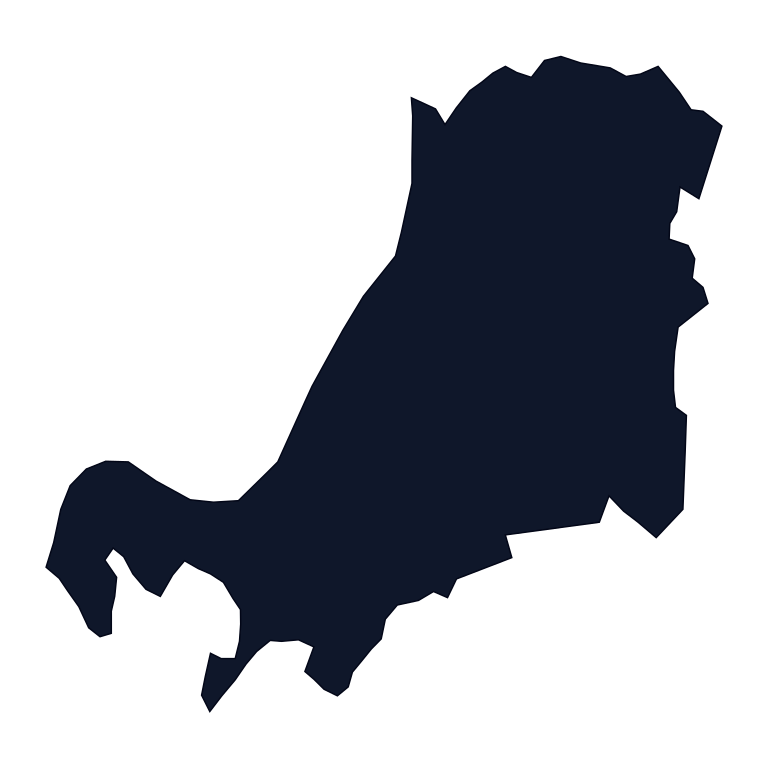 outline of Porto Vera Cruz, Rio Grande do Sul, Brazil
{"feature_id": "56859067B57284725629844", "entity_name": "Porto Vera Cruz", "entity_type": "district", "adm_level": 2, "iso_a3": "BRA", "parent_name": "Brazil", "parent_adm1": "Rio Grande do Sul", "projection": "equal_earth", "projection_center": [-54.911, -27.755], "detail": "fine", "context": "isolated", "style": "filled", "palette": "ink", "viewbox_px": 768, "rotation_deg": 0, "n_neighbors": 0, "source": "geoboundaries", "source_scale": "gbopen_adm2", "svg_char_len": 1571}
<svg xmlns="http://www.w3.org/2000/svg" viewBox="0 0 768 768"><path d="M411.4,97.8L412.7,115.9L412.0,160.3L412.0,183.4L401.4,232.3L395.5,256.0L363.4,296.3L342.9,330.2L312.1,386.2L304.9,401.9L277.8,461.9L266.7,473.0L238.4,500.7L213.5,502.2L190.2,499.8L155.9,481.0L128.3,461.9L105.7,461.3L86.4,469.0L70.2,485.6L60.8,509.3L53.7,542.6L46.1,567.2L59.2,578.3L67.5,590.6L78.8,606.6L88.7,627.8L100.0,636.7L111.3,633.3L111.3,611.2L114.7,596.4L116.6,577.3L104.8,560.1L113.1,548.1L123.7,556.7L132.9,573.9L146.0,589.3L160.3,596.4L172.7,574.9L184.5,560.7L198.5,568.7L210.5,573.9L223.4,582.3L233.1,598.6L240.5,609.6L240.7,624.1L239.5,641.3L235.2,658.6L221.1,658.6L210.5,653.3L205.2,677.0L201.6,695.2L209.8,711.5L221.8,695.8L235.2,679.8L246.0,664.1L256.6,651.5L270.2,640.4L281.5,641.3L298.5,639.8L313.9,646.9L304.9,671.5L313.9,679.2L324.1,689.3L337.4,695.8L348.2,686.9L352.4,672.1L361.1,661.6L371.3,649.0L381.2,638.9L385.3,619.2L397.3,605.0L418.5,600.4L433.5,591.5L447.5,597.6L456.5,578.9L511.8,557.6L505.3,534.9L599.3,522.2L609.0,495.8L623.7,511.2L637.7,521.9L656.2,537.6L682.9,509.3L685.2,450.8L686.4,415.4L675.5,407.4L673.5,390.2L673.5,370.5L674.6,351.4L678.1,327.1L708.0,303.4L703.0,287.4L692.2,278.2L694.7,258.8L688.0,245.5L669.1,239.1L669.8,223.4L676.7,211.7L680.0,187.0L698.9,198.7L721.9,126.1L703.0,111.3L691.1,109.8L679.3,92.2L658.1,66.4L640.4,74.1L626.1,76.5L610.2,67.9L580.7,63.0L560.9,56.5L544.5,60.5L531.4,77.4L516.6,72.5L505.4,66.4L492.9,73.1L481.9,82.1L469.9,90.7L456.3,107.9L445.0,124.6L435.5,108.9L411.4,97.8Z" fill="#0f172a" stroke="#020617" stroke-width="1.5"/></svg>